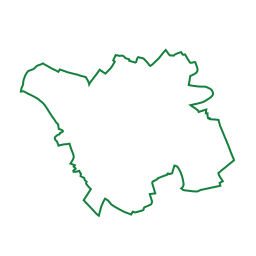 the district of Phu Ly, Hà Nam, Vietnam, rotated 75°
{"feature_id": "81297802B99776560080545", "entity_name": "Phu Ly", "entity_type": "district", "adm_level": 2, "iso_a3": "VNM", "parent_name": "Vietnam", "parent_adm1": "Hà Nam", "projection": "mercator", "projection_center": [105.916, 20.538], "detail": "fine", "context": "isolated", "style": "outline", "palette": "green", "viewbox_px": 256, "rotation_deg": 75, "n_neighbors": 0, "source": "geoboundaries", "source_scale": "gbopen_adm2", "svg_char_len": 4038}
<svg xmlns="http://www.w3.org/2000/svg" viewBox="0 0 256 256"><g transform="rotate(75 128 128)"><path d="M134.4,47.4L133.9,49.0L130.4,47.6L130.8,55.6L130.1,55.7L129.6,55.7L129.1,56.0L128.3,56.5L127.0,57.5L123.9,60.3L122.9,61.1L122.1,61.7L122.2,58.5L122.4,54.7L122.4,52.2L122.4,49.1L122.1,47.5L121.6,45.8L120.6,42.4L119.8,40.3L118.8,38.5L117.9,37.5L116.9,37.0L115.9,36.8L114.2,37.0L112.8,37.4L111.2,38.7L109.0,41.3L108.1,42.7L107.6,44.2L107.0,46.6L106.3,48.7L104.8,52.6L103.7,55.1L102.5,57.6L102.3,58.2L93.9,54.4L93.9,54.2L93.5,52.0L92.9,49.3L92.3,47.8L91.6,46.9L90.7,46.1L90.1,45.8L88.9,45.6L87.9,45.5L85.3,45.7L82.3,46.0L81.6,46.2L81.4,49.8L81.0,51.1L80.6,51.3L76.4,52.6L74.8,53.0L73.0,53.5L71.7,53.9L71.6,54.5L71.5,56.0L71.4,56.1L70.8,56.4L68.5,57.0L68.5,58.6L68.8,61.5L69.1,63.5L69.8,65.0L70.0,65.3L69.2,66.8L69.0,68.0L68.7,68.8L67.7,69.3L66.6,69.8L64.4,70.6L62.4,71.4L64.1,74.0L68.8,80.4L70.9,84.3L72.7,87.5L73.4,89.2L73.8,90.3L73.3,90.7L72.8,91.1L72.3,91.5L71.4,91.6L69.0,92.8L67.9,93.4L65.2,94.8L64.6,95.4L63.4,97.7L62.3,99.5L62.2,99.8L62.2,100.0L62.5,100.4L63.7,101.4L66.4,103.1L66.7,103.9L63.4,109.4L62.4,109.0L61.9,109.1L60.1,112.1L59.7,112.5L59.0,112.8L57.6,113.6L57.2,114.1L56.8,114.5L56.5,115.1L56.4,115.7L56.2,117.4L56.0,117.9L55.1,119.1L55.0,120.2L54.4,121.1L58.9,124.8L60.4,123.6L63.2,126.3L64.6,127.8L65.1,128.4L65.6,129.0L69.2,135.0L69.6,135.8L64.4,140.3L67.8,144.4L74.0,152.5L75.8,154.2L74.5,154.1L71.3,154.7L67.9,155.6L66.4,158.3L64.8,161.0L63.2,163.4L60.9,167.7L59.2,170.6L59.0,171.2L53.8,178.7L55.7,180.8L53.4,183.1L51.4,185.6L48.6,188.5L46.9,190.1L45.6,191.6L43.6,193.4L44.0,195.4L44.3,199.1L44.7,200.5L45.9,202.5L46.6,204.0L47.0,207.7L47.1,209.5L48.6,211.7L50.6,213.6L54.1,216.1L57.3,217.7L58.6,217.9L62.0,220.6L64.3,221.7L65.1,222.0L65.4,219.7L66.3,218.4L69.0,215.7L70.8,213.5L72.3,211.8L76.7,207.3L78.4,206.2L82.0,203.6L84.4,202.5L88.4,201.1L91.4,200.2L94.6,199.2L98.1,198.0L101.5,196.7L103.4,196.2L104.8,195.5L106.4,194.5L108.1,194.8L111.1,195.1L111.6,194.2L112.5,192.8L113.7,191.7L114.2,191.7L114.7,192.1L115.0,193.1L115.2,194.9L115.5,195.1L116.1,195.5L116.4,196.1L116.4,197.5L116.8,198.5L117.7,200.5L118.1,200.9L119.1,201.5L120.3,201.4L121.8,200.6L122.7,200.1L124.1,199.9L125.8,199.8L127.1,199.7L127.0,197.5L127.2,194.5L127.7,191.4L128.0,189.1L128.0,188.6L129.9,188.6L130.6,188.5L131.0,188.4L132.7,188.4L134.6,188.2L137.4,187.9L138.6,187.7L139.7,187.7L141.2,187.8L142.2,188.0L143.3,188.6L144.7,189.8L146.2,191.4L147.5,192.8L148.5,191.4L150.3,189.0L151.3,190.5L153.5,189.1L153.9,189.2L154.2,189.7L154.7,191.3L155.2,191.9L155.8,191.9L156.2,191.9L156.8,189.7L156.8,186.1L158.5,186.0L159.9,185.3L162.2,186.3L164.1,184.2L164.9,183.2L166.1,183.3L167.1,183.3L169.3,181.9L170.0,182.4L170.5,182.8L171.1,182.8L174.2,181.5L176.2,180.4L177.4,179.7L186.3,189.5L198.5,182.9L202.9,180.6L205.2,178.9L200.3,176.1L196.9,174.1L194.2,172.0L191.8,170.0L190.3,168.4L193.2,165.8L197.6,163.9L200.3,161.5L204.4,157.3L208.3,153.1L211.2,148.9L212.4,147.4L210.0,145.0L211.4,143.1L211.5,140.6L211.4,138.9L211.4,136.4L211.2,134.4L210.9,134.1L209.5,133.4L209.1,133.0L208.8,132.6L208.5,129.8L208.0,127.1L207.8,125.7L207.1,124.9L206.6,124.5L205.7,123.9L204.6,123.8L197.5,124.1L197.6,123.3L198.2,118.6L194.2,118.7L187.6,118.9L186.6,118.5L186.1,117.8L185.5,114.7L185.0,112.9L184.3,112.4L183.6,106.3L183.3,102.4L182.3,101.7L182.2,101.1L182.7,100.5L183.2,100.3L183.2,97.2L180.2,95.3L176.3,92.9L176.8,91.8L178.1,90.4L179.5,89.8L181.8,89.2L184.2,88.7L188.3,88.3L190.7,88.3L195.2,88.6L197.0,88.9L198.5,89.8L199.6,91.0L200.2,91.9L200.2,92.1L202.0,90.9L203.2,88.7L203.7,87.2L205.8,82.1L207.2,77.9L207.2,77.3L207.1,76.4L206.8,74.5L206.6,73.5L206.7,73.1L206.8,71.1L207.7,53.8L204.7,53.7L204.4,52.0L204.0,50.2L199.4,51.7L197.0,52.3L196.6,52.3L195.0,52.4L192.9,48.1L191.1,43.9L186.6,34.0L184.9,34.0L183.1,34.3L178.4,34.9L178.0,35.0L174.2,35.3L167.2,36.1L162.3,36.8L159.8,37.1L149.6,38.5L143.6,38.5L143.0,40.1L142.2,42.1L141.4,44.6L140.5,47.0L139.5,46.7L139.2,48.1L138.0,48.1L136.1,47.9L134.4,47.4Z" fill="none" stroke="#15803d" stroke-width="2"/></g></svg>